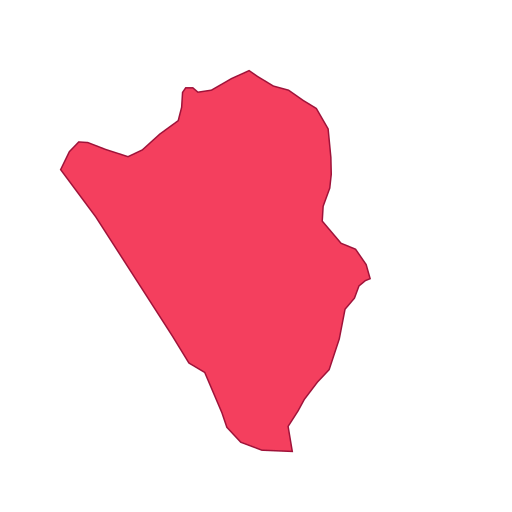 Västerås, Västmanland, Sweden (Equal Earth projection), rotated 60°
{"feature_id": "70781695B76106000376718", "entity_name": "Västerås", "entity_type": "district", "adm_level": 2, "iso_a3": "SWE", "parent_name": "Sweden", "parent_adm1": "Västmanland", "projection": "equal_earth", "projection_center": [16.566, 59.665], "detail": "fine", "context": "isolated", "style": "filled", "palette": "rose", "viewbox_px": 512, "rotation_deg": 60, "n_neighbors": 0, "source": "geoboundaries", "source_scale": "gbopen_adm2", "svg_char_len": 814}
<svg xmlns="http://www.w3.org/2000/svg" viewBox="0 0 512 512"><g transform="rotate(60 256 256)"><path d="M332.7,168.5L318.5,164.9L299.9,166.4L287.5,176.0L258.9,181.2L246.5,173.0L234.1,158.2L222.9,150.0L208.1,141.9L182.0,130.0L158.4,130.0L144.8,137.4L128.7,144.9L117.5,156.0L101.3,164.9L92.0,169.3L90.1,188.6L90.1,202.0L90.1,211.7L85.1,224.4L78.8,226.6L75.2,232.8L77.6,237.8L90.0,246.0L99.9,255.7L102.3,278.2L107.3,301.4L106.0,317.2L88.5,333.0L73.6,345.0L68.6,352.5L72.3,365.4L83.2,381.5L83.5,382.0L142.0,375.2L283.9,368.4L315.1,367.6L317.3,366.4L331.2,358.6L374.8,363.9L389.8,366.9L409.7,362.3L427.1,348.0L443.4,322.3L419.6,313.4L411.2,297.1L404.3,285.8L395.9,265.8L391.0,249.5L369.5,225.4L346.6,205.5L341.7,191.8L333.4,181.8L332.0,173.6L332.7,168.5Z" fill="#f43f5e" stroke="#9f1239" stroke-width="1.5"/></g></svg>